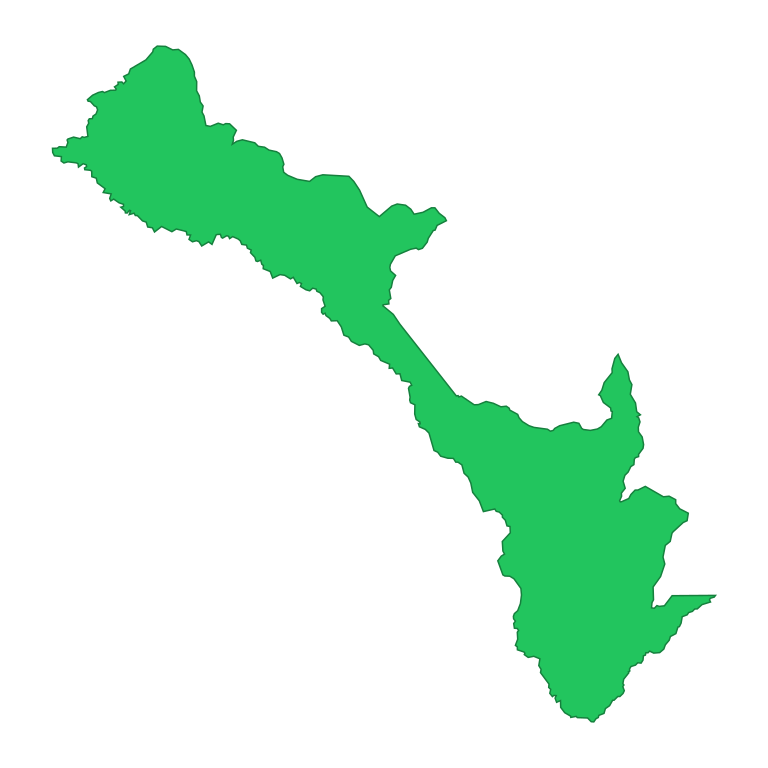 Mira, Carchi, Ecuador (Mercator projection)
{"feature_id": "8360857B23467138047954", "entity_name": "Mira", "entity_type": "district", "adm_level": 2, "iso_a3": "ECU", "parent_name": "Ecuador", "parent_adm1": "Carchi", "projection": "mercator", "projection_center": [-78.218, 0.717], "detail": "fine", "context": "isolated", "style": "filled", "palette": "green", "viewbox_px": 768, "rotation_deg": 0, "n_neighbors": 0, "source": "geoboundaries", "source_scale": "gbopen_adm2", "svg_char_len": 6054}
<svg xmlns="http://www.w3.org/2000/svg" viewBox="0 0 768 768"><path d="M715.5,595.4L672.1,595.7L664.4,605.8L659.2,606.4L656.9,605.6L654.3,608.3L651.5,607.8L652.0,602.6L653.5,599.8L653.1,587.0L660.6,576.5L664.8,564.0L663.0,557.1L665.3,545.4L670.2,541.4L672.0,533.2L673.2,531.7L683.2,522.5L687.1,520.7L688.3,513.2L679.7,508.8L675.7,503.6L675.7,499.7L669.1,496.2L663.4,496.8L645.3,486.4L638.0,490.0L635.1,490.1L630.9,494.5L628.8,498.5L621.6,501.7L620.3,501.9L619.6,500.8L621.6,496.2L621.4,493.1L625.2,488.3L623.1,481.2L624.9,475.3L628.1,472.1L630.8,466.6L633.9,464.6L634.3,459.3L635.3,457.7L638.6,456.6L638.6,454.3L643.0,448.4L643.6,444.6L642.2,437.0L638.5,431.8L638.3,427.2L640.0,421.9L638.7,417.9L637.0,416.7L640.4,414.8L636.7,411.7L635.5,403.0L630.3,394.3L631.9,384.6L629.4,379.9L627.9,371.8L621.5,362.7L618.1,354.3L614.8,358.4L612.0,368.8L612.2,372.6L604.2,382.6L601.8,390.3L598.7,394.8L600.3,395.6L603.4,402.5L610.6,407.9L611.0,411.0L612.3,411.5L611.6,418.3L606.9,420.0L601.3,426.7L597.4,429.0L590.3,430.4L583.4,429.5L581.7,428.4L578.9,423.3L573.7,422.2L559.7,425.7L554.6,428.5L553.4,430.3L550.5,431.2L547.4,429.2L534.0,427.4L529.0,425.7L522.4,421.6L519.0,417.7L517.7,414.4L509.8,410.1L509.2,408.2L506.3,406.2L500.9,406.8L493.4,403.3L486.1,401.5L478.4,404.6L474.2,404.8L461.4,396.1L458.8,396.9L458.1,395.6L456.3,395.9L399.9,324.2L393.3,314.4L382.9,305.8L383.1,304.8L388.9,303.9L388.6,300.3L390.8,298.5L389.3,289.9L391.3,287.3L392.7,280.5L395.6,275.4L390.6,271.0L389.8,267.5L390.4,264.3L395.3,255.8L410.5,249.3L416.2,248.1L418.5,249.6L422.4,248.3L427.2,242.1L428.3,238.3L433.3,230.5L435.1,230.1L437.1,225.4L446.4,220.7L444.9,217.7L439.2,213.3L434.9,207.8L431.4,207.8L423.0,212.3L414.1,214.2L410.8,209.2L405.6,205.2L397.2,204.0L391.7,206.1L379.3,216.6L367.2,207.1L359.6,190.2L353.8,181.4L348.9,176.3L322.8,174.8L315.6,176.7L309.6,181.4L297.2,179.3L287.7,175.3L283.7,172.3L282.7,166.8L283.9,164.3L282.0,157.9L279.5,153.5L276.5,151.7L269.0,150.1L264.6,147.2L258.3,146.3L254.8,142.8L242.4,139.8L236.8,141.3L232.3,144.2L233.5,140.2L233.2,137.1L236.4,130.3L229.6,123.8L225.7,123.6L223.3,124.8L218.2,123.2L210.3,126.4L205.9,125.5L204.0,115.9L202.0,112.1L203.1,106.0L200.3,102.0L199.3,95.9L196.6,90.8L196.7,81.6L194.4,76.2L194.4,72.1L192.0,65.0L189.2,59.1L185.5,54.6L178.4,49.4L172.7,49.9L165.6,46.4L157.2,46.1L153.3,49.2L152.8,51.8L145.9,59.9L130.4,69.0L128.7,73.9L123.7,76.4L126.1,81.0L123.6,83.8L121.9,82.0L118.0,82.2L118.2,84.4L114.5,86.9L116.2,89.0L115.6,90.2L110.4,90.3L104.4,92.6L102.5,91.5L98.4,92.5L92.6,95.2L87.4,99.7L88.1,101.2L90.4,101.5L94.3,105.8L96.5,106.8L97.6,109.9L96.0,114.0L93.0,116.1L92.4,118.6L89.3,118.8L88.2,120.5L88.7,123.3L86.7,126.8L87.9,136.4L84.2,137.4L82.2,136.8L80.2,138.7L73.6,137.1L67.9,139.0L67.1,140.0L67.9,142.5L66.2,147.1L59.2,146.7L57.3,148.2L52.5,148.3L52.7,152.5L54.4,155.8L61.4,156.6L61.1,161.0L63.9,163.0L67.9,161.8L76.5,162.9L78.1,163.8L78.5,167.1L83.1,163.7L86.3,164.8L86.6,166.6L84.5,168.0L84.8,169.7L90.5,170.3L91.7,171.3L91.8,176.7L96.3,178.2L97.3,182.9L105.1,188.7L103.2,192.5L111.2,193.9L109.7,198.5L110.8,200.9L113.7,199.1L119.0,202.8L123.5,204.3L123.5,206.5L120.8,207.2L125.2,211.1L125.4,212.9L127.2,213.0L129.5,210.3L130.6,210.7L129.2,214.6L134.1,213.2L135.3,215.5L137.4,215.6L142.5,220.9L146.2,222.1L147.7,227.0L152.4,227.8L154.5,232.0L161.6,226.5L171.9,231.7L176.3,229.0L184.0,230.9L186.3,231.6L187.0,234.9L190.6,235.0L189.0,239.4L192.5,241.8L196.4,240.7L198.9,241.6L201.7,246.0L208.6,241.9L212.0,244.4L216.2,234.8L217.3,234.5L220.4,234.3L221.4,237.4L222.6,238.1L226.8,235.7L228.6,236.3L229.6,238.6L232.7,236.6L238.1,239.0L240.2,240.7L241.8,244.4L246.5,245.1L247.4,248.2L251.2,250.0L250.5,252.7L254.9,257.3L255.9,260.9L257.4,261.5L260.7,260.2L261.8,264.2L263.4,265.5L263.2,268.7L270.2,271.5L272.7,278.1L280.0,274.6L284.7,275.3L290.5,278.9L293.3,277.3L297.0,283.5L299.4,282.5L301.5,283.5L300.4,286.4L306.0,289.8L309.7,290.8L312.7,288.2L316.1,289.1L316.9,291.3L319.9,292.6L323.3,296.8L323.0,299.9L325.1,306.3L321.6,308.6L321.6,312.4L323.1,314.2L325.1,313.2L326.0,315.6L329.8,318.4L331.3,320.9L337.2,320.7L341.3,326.9L343.9,335.2L348.6,337.0L351.4,341.4L359.3,345.4L364.9,343.9L368.6,344.8L373.2,350.3L373.7,353.9L378.6,356.7L380.7,360.4L389.6,364.2L389.2,368.3L392.6,368.0L396.2,373.9L400.0,373.8L401.7,380.5L410.2,382.2L411.7,385.3L409.5,386.3L408.5,388.3L410.1,397.2L409.7,400.0L410.5,402.7L414.9,404.8L414.7,414.0L416.2,419.5L419.8,421.9L420.1,423.7L418.4,423.6L419.4,426.8L425.3,429.4L429.0,433.1L434.0,450.5L437.7,452.2L440.7,456.2L447.7,458.2L453.4,458.4L455.7,462.1L458.0,462.2L461.9,464.9L464.1,473.3L468.1,477.0L470.8,483.0L472.7,492.4L479.3,500.8L483.4,511.6L494.8,509.0L496.2,511.3L499.3,512.1L502.4,515.1L502.4,517.2L505.3,520.2L507.0,525.9L510.0,526.5L510.3,532.8L502.3,541.5L502.9,551.0L504.5,554.1L501.3,556.1L497.8,560.8L502.9,574.9L504.8,576.0L509.7,576.2L513.9,578.7L520.9,588.4L521.5,595.0L520.4,603.6L517.7,610.7L514.4,613.6L513.4,616.3L513.6,618.8L515.4,621.1L513.7,623.5L514.4,628.2L517.3,628.5L518.6,630.4L517.3,632.2L517.7,639.2L515.4,645.4L517.3,646.8L517.4,649.8L524.0,652.0L524.9,653.2L524.3,654.6L528.2,657.4L533.8,656.3L539.9,658.8L538.8,665.6L541.1,669.4L540.5,672.6L549.0,684.1L548.7,687.5L550.7,689.3L549.8,693.3L552.4,696.6L553.9,695.4L556.2,695.6L555.1,698.2L556.6,702.3L560.5,700.6L560.7,707.4L564.7,712.7L570.6,716.1L570.8,717.4L576.2,716.4L577.3,717.6L587.6,718.0L591.2,721.7L593.8,721.9L596.0,718.7L598.3,717.5L598.8,715.4L604.0,713.4L605.4,708.6L609.6,705.7L612.6,700.3L614.1,700.2L617.8,696.5L619.9,696.5L623.0,693.5L624.3,690.7L622.8,686.6L623.9,685.0L622.9,683.6L623.7,679.2L628.8,672.8L628.4,671.8L629.8,671.0L629.5,669.0L631.0,666.5L635.5,665.1L637.7,662.8L641.1,663.1L643.0,660.1L643.4,655.8L645.4,655.1L645.9,652.7L648.0,652.8L649.6,651.1L653.7,653.1L659.7,652.6L663.8,649.1L665.3,644.9L669.2,640.2L670.4,636.5L675.9,633.6L677.9,627.1L679.4,626.6L681.1,623.1L682.2,616.7L687.2,614.8L688.6,612.6L692.4,611.4L694.7,609.0L697.3,608.9L702.0,604.6L710.5,602.0L709.5,599.9L710.2,598.3L714.2,597.1L715.5,595.4Z" fill="#22c55e" stroke="#15803d" stroke-width="1.5"/></svg>